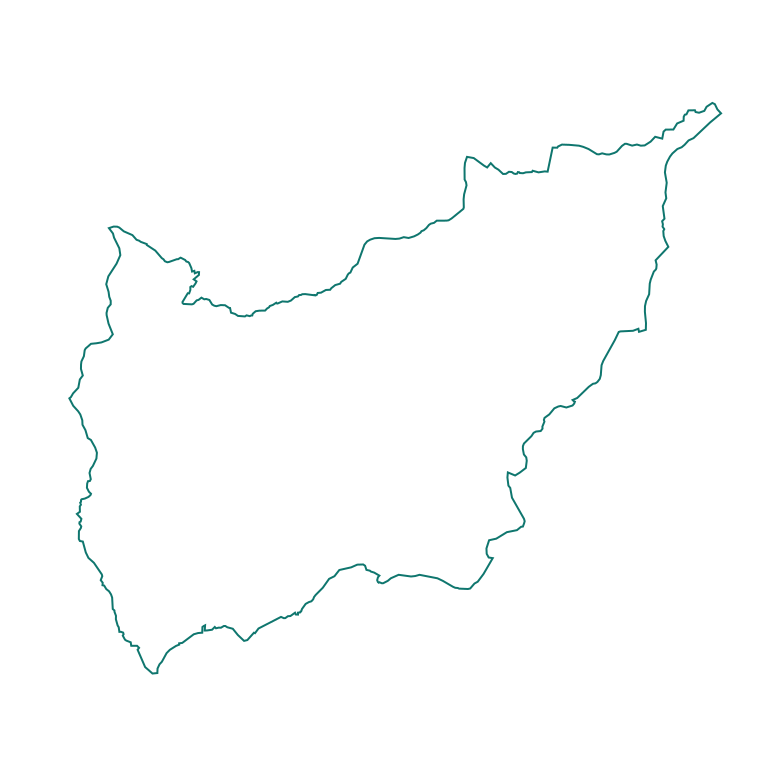 Ilva Mare, Bistrita-Nasaud, Romania (Mercator projection), rotated 275°
{"feature_id": "2599482B81473048811011", "entity_name": "Ilva Mare", "entity_type": "district", "adm_level": 2, "iso_a3": "ROU", "parent_name": "Romania", "parent_adm1": "Bistrita-Nasaud", "projection": "mercator", "projection_center": [24.906, 47.351], "detail": "fine", "context": "isolated", "style": "outline", "palette": "teal", "viewbox_px": 768, "rotation_deg": 275, "n_neighbors": 0, "source": "geoboundaries", "source_scale": "gbopen_adm2", "svg_char_len": 6105}
<svg xmlns="http://www.w3.org/2000/svg" viewBox="0 0 768 768"><g transform="rotate(275 384 384)"><path d="M593.6,649.0L599.4,647.7L609.1,648.1L619.3,645.4L626.1,645.7L630.2,646.8L635.5,649.1L638.8,651.2L643.7,655.8L645.8,659.9L648.5,662.6L653.2,666.2L655.9,670.9L673.0,686.1L683.0,696.2L686.6,692.2L691.6,689.2L692.6,686.6L688.3,681.2L684.0,679.3L681.7,674.2L682.1,670.7L683.8,669.9L683.1,663.4L679.0,661.8L678.5,660.2L676.4,659.3L672.4,659.5L669.1,653.3L662.7,650.1L662.0,642.5L659.8,640.5L652.7,639.8L653.9,632.6L648.7,628.5L644.4,622.9L643.8,619.1L644.6,615.1L643.1,610.4L644.4,604.8L644.3,603.1L641.9,600.3L635.7,595.6L634.3,593.4L632.3,588.5L632.1,585.6L632.8,581.2L631.5,578.1L631.5,576.1L635.9,567.3L637.6,561.8L638.4,557.5L638.4,547.9L638.0,540.4L635.8,536.7L634.5,536.0L634.2,531.4L609.8,528.5L609.8,525.6L608.3,519.5L609.4,513.5L608.0,512.8L607.2,506.9L606.1,504.2L606.0,500.9L606.7,500.3L606.8,498.9L605.2,498.3L604.7,496.7L605.0,494.9L606.3,492.8L606.3,490.0L604.0,487.2L603.6,484.3L607.5,479.3L609.3,475.6L613.3,471.1L608.7,467.9L610.2,464.7L616.9,453.7L617.5,446.9L611.3,445.4L606.1,445.4L594.7,446.5L592.2,448.1L589.1,448.9L580.0,447.3L575.0,447.2L566.9,448.1L565.4,447.8L554.8,436.9L552.7,434.1L552.2,432.0L551.3,422.3L548.9,419.8L547.8,416.6L546.4,414.9L543.0,412.6L540.6,410.2L539.5,408.0L538.0,407.2L535.9,404.7L533.7,401.1L531.6,395.8L532.0,390.9L530.2,386.7L529.5,382.8L529.1,366.4L528.4,361.8L526.6,357.7L524.6,354.8L521.1,352.4L501.5,347.2L497.3,342.7L492.1,340.8L491.1,339.3L489.8,338.4L485.4,336.7L482.0,332.5L480.1,331.5L478.3,326.8L474.8,323.1L473.2,322.2L472.6,317.9L469.5,313.3L468.9,310.0L467.0,309.3L466.6,308.4L466.6,307.4L466.3,307.5L466.7,297.6L466.3,294.7L465.5,293.6L465.2,291.7L463.7,290.6L462.8,287.6L459.0,284.0L457.5,281.0L457.4,275.5L454.9,271.0L454.9,270.3L455.6,269.6L453.1,266.4L451.7,263.4L450.4,262.8L449.0,260.9L446.8,259.2L446.2,253.5L445.3,249.8L442.5,247.1L440.8,246.8L440.7,245.7L439.9,244.4L440.4,241.1L439.2,239.6L439.1,232.6L440.8,229.6L441.7,225.4L446.3,224.0L446.3,223.0L448.6,218.8L448.4,214.5L446.9,210.2L447.2,208.1L448.2,205.9L452.5,202.7L453.2,199.4L452.7,197.6L454.1,194.6L451.6,191.9L451.0,190.1L447.3,187.3L446.6,185.7L446.3,177.3L447.1,176.3L448.1,176.1L457.3,180.6L457.3,182.0L460.9,182.9L463.7,182.6L464.7,183.7L464.2,185.4L467.8,187.5L469.9,188.3L471.7,185.3L476.5,190.1L479.3,190.0L479.3,188.8L477.8,185.9L480.2,185.2L479.3,183.0L482.7,182.0L487.5,179.4L488.4,178.3L488.8,176.4L490.2,175.1L491.9,171.0L492.1,170.3L490.4,168.0L490.3,166.8L486.8,159.1L486.4,157.5L487.2,155.0L489.0,153.5L490.0,151.7L497.0,144.5L501.8,135.6L502.7,135.5L504.4,129.3L505.4,127.6L506.1,124.9L510.4,120.4L513.4,111.5L516.8,106.6L517.5,104.4L517.2,100.8L515.3,96.4L510.3,100.9L506.3,102.3L496.1,108.5L489.4,110.1L480.6,107.1L467.2,100.0L459.2,98.6L451.8,101.6L446.9,102.7L443.1,104.5L439.5,104.8L435.8,102.2L430.6,101.4L428.4,101.7L420.2,104.3L409.9,109.5L404.2,105.9L400.8,98.9L399.5,93.9L398.5,88.6L393.4,83.7L391.6,82.9L385.5,82.6L380.1,80.6L376.9,80.5L372.6,80.8L366.2,83.2L362.0,80.6L353.6,79.8L347.6,75.1L343.6,73.2L342.3,71.8L335.2,76.3L330.2,81.7L327.2,84.1L321.6,86.6L317.1,87.2L312.0,90.6L304.3,93.6L302.7,96.9L295.5,101.8L290.5,104.0L284.7,104.0L276.9,101.1L273.9,99.2L269.7,98.4L263.6,100.2L261.7,99.4L261.4,97.6L259.0,97.0L254.7,97.1L251.0,99.4L249.1,101.7L247.8,101.3L245.8,99.5L243.8,96.0L242.8,92.8L242.0,92.3L240.2,92.4L239.3,91.7L237.3,92.6L235.6,91.6L230.2,92.2L227.8,89.4L223.3,94.3L220.5,93.8L219.8,92.7L218.3,92.7L215.8,94.8L214.2,94.6L210.9,92.9L203.0,93.5L201.1,94.7L200.8,97.7L190.2,101.6L185.0,104.7L180.6,110.6L169.7,119.5L168.0,120.1L163.9,118.9L161.5,121.1L159.0,121.1L158.8,122.8L155.5,125.2L153.5,128.2L150.6,130.4L147.5,131.8L136.2,133.4L134.9,135.2L133.5,135.4L129.7,137.2L126.3,137.4L120.2,139.7L118.6,140.9L114.0,142.0L114.2,143.5L113.6,145.8L112.0,146.4L110.6,145.7L108.0,147.4L106.7,148.3L105.9,149.7L104.6,154.2L101.2,155.0L101.7,160.8L99.8,163.0L97.8,161.7L81.2,170.7L75.4,178.6L76.3,183.4L80.8,183.2L85.2,184.8L87.9,186.9L97.0,190.9L100.5,193.8L105.0,199.7L106.5,202.7L107.8,202.5L108.5,205.6L118.1,216.3L119.7,220.5L120.4,224.6L126.1,224.3L127.2,225.5L128.0,226.8L122.8,226.9L123.0,228.9L124.2,234.1L127.2,236.6L126.0,237.9L126.9,240.6L127.0,242.8L129.0,245.6L129.1,247.0L128.0,249.1L127.0,254.7L121.2,260.3L115.9,267.0L117.0,270.2L124.9,276.1L124.5,277.2L129.5,280.3L143.0,301.7L142.0,304.6L142.2,306.1L144.3,308.5L144.7,311.0L148.4,315.3L146.7,316.2L146.8,318.4L148.7,318.2L149.1,320.3L150.0,320.6L150.2,321.3L152.7,321.9L158.1,325.1L160.2,328.2L161.2,330.6L163.3,332.2L165.7,332.9L167.9,334.3L175.7,340.8L185.1,346.3L188.2,351.4L194.8,355.7L198.5,367.3L201.7,373.1L202.4,379.0L201.3,381.0L197.3,382.7L196.8,386.2L196.0,387.3L195.3,390.6L192.7,396.1L190.9,394.8L188.0,394.3L186.2,395.2L185.6,396.1L186.1,396.7L185.3,399.3L185.5,400.6L188.2,404.9L191.1,407.8L195.2,415.2L194.6,427.7L195.4,431.8L197.0,436.0L195.1,454.2L193.0,459.8L188.0,470.4L187.2,472.7L187.2,475.3L186.7,476.7L187.1,485.5L187.8,487.7L193.1,491.5L195.2,494.6L203.4,499.7L220.0,507.5L220.3,503.4L223.8,501.1L229.1,500.4L237.5,502.3L239.7,509.3L247.1,519.3L250.0,529.2L253.7,533.0L254.1,534.8L257.4,535.7L259.6,536.1L261.9,535.2L281.9,521.4L291.5,518.8L293.6,516.8L301.6,515.1L306.7,515.1L304.3,522.6L307.5,526.9L312.7,532.6L320.0,532.9L323.3,532.1L326.0,529.5L331.3,528.0L334.2,527.8L336.9,528.6L344.9,535.4L348.4,537.3L349.9,539.6L350.8,544.2L353.3,545.8L355.4,545.5L360.5,547.1L362.1,546.4L364.3,546.9L368.1,551.3L374.6,555.8L376.8,559.6L377.5,561.9L376.5,567.7L379.0,573.7L381.1,575.2L383.0,575.7L383.2,574.8L384.5,573.3L386.9,577.7L399.1,588.3L402.4,592.1L403.1,594.6L404.6,596.4L407.9,598.5L411.7,599.2L421.7,599.1L426.1,600.4L447.8,610.1L456.3,613.3L457.0,614.9L458.7,627.4L461.2,632.6L458.2,633.5L460.8,640.1L467.4,639.7L478.7,637.6L484.3,637.2L489.6,637.9L496.5,640.3L507.2,640.0L511.2,640.6L519.5,643.0L521.7,644.8L522.9,645.2L526.7,645.2L530.9,643.8L545.4,655.3L551.1,651.8L555.8,649.7L560.7,648.9L562.7,649.7L565.0,647.8L567.5,647.9L570.4,646.9L573.1,649.0L585.5,646.2L593.6,649.0Z" fill="none" stroke="#0f766e" stroke-width="2"/></g></svg>